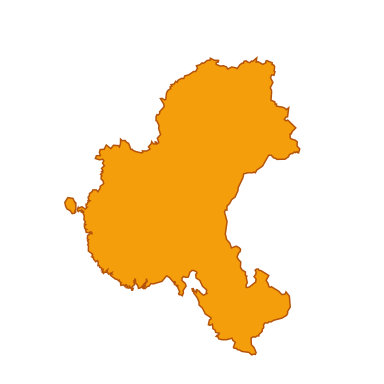 outline of China, rotated 103°
{"feature_id": "CHN", "entity_name": "China", "entity_type": "country or territory", "adm_level": 0, "iso_a3": "CHN", "parent_name": "Asia", "parent_adm1": "", "projection": "albers", "projection_center": [106.815, 35.887], "detail": "fine", "context": "isolated", "style": "filled", "palette": "amber", "viewbox_px": 384, "rotation_deg": 103, "n_neighbors": 0, "source": "natural_earth", "source_scale": "50m", "svg_char_len": 6061}
<svg xmlns="http://www.w3.org/2000/svg" viewBox="0 0 384 384"><g transform="rotate(103 192 192)"><path d="M220.4,292.1L219.1,291.2L216.5,291.5L214.1,289.4L212.2,289.0L211.5,285.6L212.9,283.7L209.0,282.4L207.1,282.7L203.7,279.9L201.1,281.2L200.0,283.3L198.0,284.0L196.6,283.4L195.3,285.1L193.3,283.4L192.5,284.7L191.4,283.4L189.3,285.5L186.2,283.3L184.0,285.7L181.4,284.9L180.2,286.3L181.4,289.3L181.1,293.7L178.1,293.3L177.2,289.5L174.1,291.2L171.3,291.0L170.1,287.2L165.5,286.1L168.0,280.9L164.1,279.0L163.4,274.2L164.4,272.8L160.7,272.6L156.6,273.5L157.7,271.5L156.8,268.7L158.2,267.2L158.9,264.7L164.3,261.1L163.9,259.6L164.7,258.9L165.3,255.5L165.2,249.6L164.1,248.9L163.1,249.6L162.3,245.5L160.0,242.8L159.3,242.7L157.9,244.6L153.9,242.5L152.0,242.6L153.9,240.4L153.3,238.4L151.5,239.1L151.5,238.0L153.0,237.0L151.3,235.5L147.3,237.9L143.1,235.5L137.7,238.8L134.7,239.1L130.7,242.2L130.6,243.1L126.4,244.0L124.5,243.5L124.7,242.4L122.7,241.1L121.1,241.6L115.0,238.3L112.4,239.5L108.1,243.8L107.5,242.3L108.4,239.1L107.5,238.4L101.4,239.1L98.6,238.4L96.0,236.1L94.6,237.0L93.3,235.4L92.2,236.6L90.9,233.8L87.8,232.8L88.4,231.1L86.3,230.8L83.6,227.8L83.3,225.6L80.4,225.1L78.7,221.7L74.2,217.5L73.7,215.5L70.2,214.5L68.0,216.1L66.3,213.0L63.9,211.2L64.1,209.7L60.4,206.8L59.5,204.1L57.5,204.2L58.6,199.9L57.8,195.7L59.6,195.7L60.3,197.6L62.2,197.1L63.0,192.6L61.9,189.9L62.4,186.4L64.2,184.9L61.3,181.5L61.1,177.2L61.7,175.8L57.0,173.8L55.0,171.9L54.9,170.8L52.9,170.7L52.0,168.7L53.0,166.6L52.9,164.7L51.0,163.4L51.0,162.2L46.7,159.1L50.9,158.7L50.2,157.0L51.7,151.7L49.5,149.1L48.0,149.5L47.1,148.7L48.1,142.9L49.8,142.6L49.9,141.0L51.2,139.7L55.8,139.2L56.1,138.2L59.9,138.4L59.8,140.6L62.9,141.3L67.1,137.8L73.0,139.2L74.7,137.6L76.8,136.9L84.8,135.7L85.5,131.6L87.7,130.7L87.3,129.4L89.3,129.1L89.0,122.4L89.8,119.4L90.6,118.5L88.2,116.7L97.2,115.8L98.0,117.4L100.6,118.3L101.5,116.4L100.4,114.9L106.2,105.3L110.2,107.8L113.1,108.4L113.4,109.5L116.9,108.6L117.9,107.6L118.3,103.1L119.5,100.7L123.6,100.0L125.8,96.7L129.9,97.0L129.9,98.1L129.2,98.8L130.4,100.2L129.9,101.1L132.0,102.7L132.1,103.8L133.9,105.6L135.8,105.8L139.1,108.7L141.1,116.6L140.3,118.5L140.4,120.1L138.3,123.2L139.0,125.6L150.9,129.1L156.0,133.8L159.0,134.6L158.7,136.2L159.5,136.9L160.6,141.7L162.7,145.7L166.7,145.6L177.5,148.0L180.1,147.5L187.3,148.9L190.4,151.6L194.8,152.8L197.9,154.7L201.8,153.9L201.8,155.4L204.1,155.9L212.9,151.2L225.4,150.1L230.5,147.6L233.3,143.7L237.6,141.0L234.8,136.6L235.7,133.5L236.9,131.8L239.3,131.7L240.8,132.8L245.0,133.5L247.2,131.8L249.2,128.8L254.4,127.9L256.6,125.8L257.9,122.0L261.4,121.1L261.7,119.6L263.1,119.9L268.0,117.7L270.3,118.4L272.7,117.7L272.6,116.4L271.5,114.6L265.4,109.7L262.2,110.1L260.5,112.5L257.8,111.3L255.4,111.6L254.0,112.9L252.6,111.8L252.1,110.1L253.2,109.2L253.1,107.0L256.1,98.4L261.5,99.9L263.8,97.5L267.1,95.6L267.3,94.1L266.4,93.4L269.2,85.1L271.7,81.5L270.8,78.5L268.2,77.9L271.6,73.7L282.0,70.4L287.3,72.1L288.3,71.5L290.9,72.1L294.6,75.9L298.6,83.5L300.7,85.7L301.3,88.0L302.6,88.7L303.0,91.3L305.2,92.4L308.2,91.6L310.1,92.7L311.9,92.2L315.7,94.7L317.2,94.5L317.6,96.2L319.1,97.6L319.3,99.8L321.1,101.6L327.4,99.8L329.7,96.5L334.1,93.4L336.0,93.8L336.0,95.4L337.3,97.1L335.5,100.5L336.1,107.7L335.2,110.5L335.4,112.4L334.4,113.4L334.7,115.9L334.1,116.7L328.7,116.1L327.4,118.8L325.5,120.2L328.1,125.0L329.2,129.6L329.1,132.9L326.4,134.8L327.3,135.3L327.2,136.0L325.5,134.9L325.2,133.9L323.5,133.6L323.4,137.5L321.6,138.1L320.3,141.0L316.2,142.3L317.9,144.6L317.6,146.2L312.7,146.2L311.3,144.8L310.2,145.4L307.8,151.6L302.9,155.6L300.5,159.7L297.5,160.5L293.8,163.1L290.1,167.5L288.6,168.0L288.6,169.0L286.3,170.2L285.8,169.0L288.5,167.3L288.1,166.6L288.9,165.3L286.2,165.7L286.0,164.7L287.1,163.9L286.9,162.5L288.2,161.5L290.0,157.5L287.4,154.6L287.0,155.5L284.2,155.6L281.4,160.6L276.4,164.5L274.8,168.7L271.5,169.9L270.0,168.9L268.8,169.7L268.0,172.8L268.7,174.6L270.7,176.0L275.6,176.4L276.6,178.6L276.2,181.2L278.1,182.3L280.5,181.9L282.6,178.0L285.0,176.6L290.0,178.5L292.0,177.7L295.3,178.1L294.5,180.5L295.0,181.3L294.2,182.2L292.0,181.6L287.8,184.7L286.5,184.7L287.1,185.9L286.2,186.3L286.1,188.2L284.8,188.9L284.3,187.8L283.6,188.1L283.2,188.7L284.3,189.5L280.4,194.7L279.4,197.9L285.8,201.1L290.3,209.1L290.5,211.5L293.4,212.7L294.3,214.5L296.6,215.9L297.0,217.2L296.5,217.3L294.0,216.6L291.9,216.8L289.2,215.5L286.7,217.0L290.4,216.2L290.9,217.3L296.3,219.9L297.5,221.5L297.9,222.5L295.5,223.7L292.9,226.8L290.4,227.2L289.1,228.4L290.7,227.7L291.7,228.7L295.0,227.1L297.7,228.9L300.1,229.3L297.2,232.4L299.3,231.1L299.9,232.0L299.9,234.4L298.7,233.7L297.3,234.8L298.8,235.8L298.0,236.1L298.8,236.5L297.9,238.1L299.0,240.3L297.2,241.1L296.3,240.5L295.5,242.6L294.3,242.9L294.9,243.6L293.8,245.9L294.1,247.0L291.5,252.7L290.5,253.0L290.0,251.4L289.4,252.3L288.7,252.0L290.8,254.8L288.5,257.0L286.6,256.8L287.9,257.8L289.5,257.2L290.1,261.3L287.4,261.2L288.2,262.6L286.4,263.0L286.2,264.9L284.6,265.7L284.9,267.1L281.5,267.5L280.1,268.7L281.6,270.1L279.3,273.1L278.3,273.2L277.8,274.9L277.3,274.1L276.1,275.1L275.0,274.8L272.8,279.7L267.7,280.8L266.9,281.8L265.0,281.3L263.0,282.8L261.7,282.0L261.2,283.5L257.9,283.9L255.2,281.7L255.1,280.0L254.5,280.2L253.4,281.5L254.9,283.5L255.1,286.0L252.7,287.2L252.2,286.3L251.5,288.3L249.3,289.3L247.8,288.1L247.5,289.7L245.2,289.1L243.2,291.1L239.5,291.6L236.8,293.7L235.8,292.9L234.2,295.6L235.6,296.2L235.3,297.3L236.6,298.3L235.6,299.8L232.6,299.4L233.2,298.9L231.1,295.8L232.7,292.1L230.4,290.7L230.3,291.7L227.8,292.5L227.5,291.5L225.4,291.2L223.6,289.5L223.7,291.3L222.6,290.9L220.4,292.1ZM239.1,301.7L240.0,303.9L237.7,306.3L236.6,310.0L234.2,312.0L230.7,313.6L225.4,311.7L225.0,306.6L228.9,303.5L228.3,303.5L228.8,302.7L234.5,301.4L237.2,301.8L237.6,300.8L239.1,301.7ZM297.2,218.6L295.3,218.5L293.3,217.0L294.7,217.2L297.2,218.6ZM301.2,228.5L299.6,228.4L299.2,227.6L301.1,227.8L301.2,228.5ZM291.2,259.8L290.5,261.0L290.4,259.6L291.2,259.8ZM235.0,295.2L236.5,294.6L236.4,295.3L235.0,295.2Z" fill="#f59e0b" stroke="#b45309" stroke-width="1.5"/></g></svg>